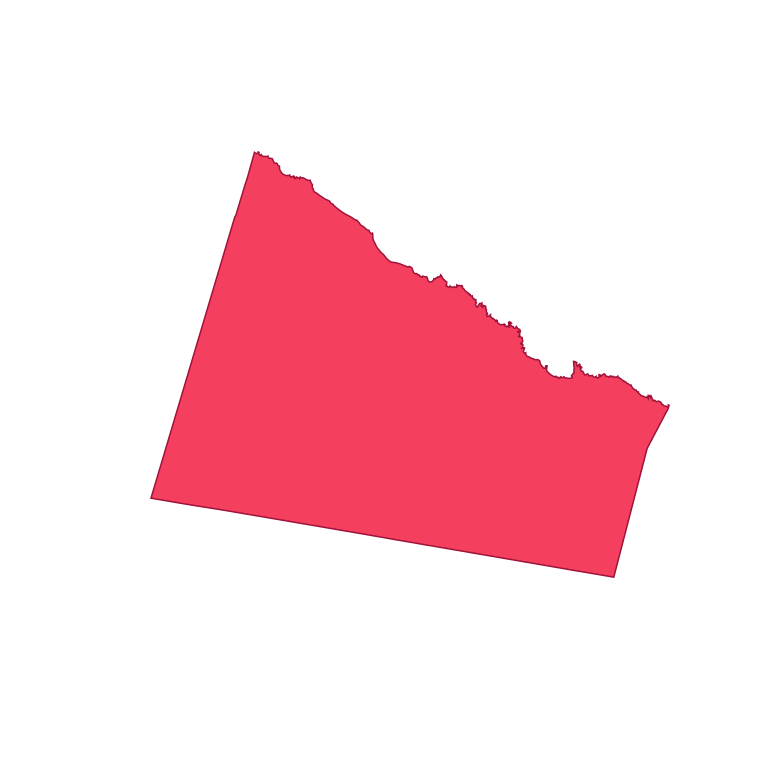 Salega, Satupa'itea, Samoa, rotated 159°
{"feature_id": "51752279B51702151911429", "entity_name": "Salega", "entity_type": "district", "adm_level": 2, "iso_a3": "WSM", "parent_name": "Samoa", "parent_adm1": "Satupa'itea", "projection": "equal_earth", "projection_center": [-172.669, -13.632], "detail": "fine", "context": "isolated", "style": "filled", "palette": "rose", "viewbox_px": 768, "rotation_deg": 159, "n_neighbors": 0, "source": "geoboundaries", "source_scale": "gbopen_adm2", "svg_char_len": 5331}
<svg xmlns="http://www.w3.org/2000/svg" viewBox="0 0 768 768"><g transform="rotate(159 384 384)"><path d="M238.7,121.3L161.3,229.7L127.2,259.5L125.5,262.1L126.0,262.6L126.7,260.6L127.2,260.5L128.4,262.1L130.2,263.0L131.6,265.6L132.2,265.8L131.9,267.1L132.4,268.2L133.9,269.7L136.0,269.8L137.1,271.7L139.0,272.2L138.6,273.1L139.1,274.3L138.8,276.0L139.0,277.3L140.0,276.1L140.5,278.0L141.3,278.7L142.5,275.7L143.0,277.6L143.4,277.2L144.6,277.8L146.5,279.9L147.8,280.6L149.7,284.6L149.3,285.4L150.5,286.1L150.8,288.0L151.8,288.5L153.3,291.1L153.7,293.3L153.7,294.5L154.7,294.7L156.1,297.0L157.0,297.6L157.3,298.9L159.0,300.3L158.9,301.1L159.8,301.6L161.1,304.1L162.0,304.6L162.1,305.7L163.1,306.4L162.9,307.5L164.4,307.0L165.8,307.8L167.4,308.0L167.4,309.1L169.1,309.6L169.5,310.3L170.2,310.5L171.4,309.7L173.2,311.4L174.0,311.6L174.0,313.0L174.6,314.4L175.4,314.7L176.2,314.2L177.6,314.1L178.7,313.3L179.1,313.7L178.9,314.9L179.9,315.7L180.7,313.5L181.3,313.0L182.4,313.1L183.2,313.9L183.0,315.1L184.7,314.7L185.9,315.5L186.4,317.4L187.4,317.4L189.7,318.2L190.1,320.3L190.7,320.6L192.6,320.2L193.6,320.9L193.6,322.7L194.0,324.8L195.3,325.4L195.2,327.5L193.5,328.4L193.6,329.1L195.0,329.0L195.1,330.0L194.3,330.2L194.2,332.4L196.1,331.9L196.9,331.0L197.4,331.9L196.8,334.8L196.4,335.0L198.6,337.2L199.2,336.9L199.1,335.9L199.6,335.4L200.0,333.1L200.5,332.7L200.3,331.8L200.7,330.1L201.4,329.8L202.6,326.1L203.3,326.4L204.7,325.0L205.8,325.0L206.2,323.9L205.8,322.7L206.7,322.2L209.2,322.9L212.6,324.8L213.5,326.3L214.3,325.7L216.0,326.6L216.2,327.4L217.0,327.3L217.7,326.4L218.6,326.7L219.2,327.9L219.9,328.3L220.8,329.7L221.9,329.2L224.4,332.0L226.1,334.8L227.4,337.9L226.9,339.7L225.2,342.5L226.3,343.0L227.3,342.0L227.6,340.9L229.1,341.2L230.6,345.5L230.7,348.0L230.3,349.4L231.1,351.1L232.2,351.9L233.5,352.1L234.7,353.0L235.2,353.7L237.6,355.6L238.9,357.4L239.8,357.9L240.7,358.9L241.0,361.3L240.5,362.4L241.8,362.3L242.4,364.3L239.8,367.2L240.2,367.7L241.4,367.6L242.6,368.1L241.2,369.1L240.2,370.9L240.5,371.9L241.8,372.0L241.9,372.8L240.0,373.7L239.3,373.8L238.4,377.9L239.9,379.2L241.3,379.8L241.2,380.3L239.9,380.2L239.8,381.5L238.5,383.4L239.2,384.2L240.4,384.5L240.4,384.9L238.4,384.4L237.6,384.6L237.6,385.5L238.2,386.8L239.2,387.7L239.9,390.3L241.4,389.0L242.5,389.5L243.1,390.5L242.7,391.2L243.9,392.0L244.7,394.1L244.6,395.4L243.3,395.1L243.7,396.2L244.8,397.2L245.8,396.5L245.8,395.6L246.6,394.2L245.8,394.0L246.4,392.3L247.2,392.5L247.4,393.4L248.8,394.0L249.6,393.7L250.4,395.3L249.7,396.0L250.2,396.7L250.6,395.8L251.9,397.0L254.0,397.6L255.5,399.4L256.0,401.4L255.5,402.6L256.1,403.3L257.2,402.6L257.7,404.6L258.4,405.0L258.4,405.9L259.1,406.0L259.6,407.4L260.5,408.4L259.7,410.5L261.0,409.9L263.5,410.1L263.5,411.8L262.2,412.2L262.1,412.7L262.6,414.9L261.6,416.9L262.2,418.2L261.5,419.1L261.2,420.2L263.4,422.0L263.6,420.9L264.3,420.2L265.3,421.6L265.2,422.5L264.2,422.9L263.5,424.5L264.5,424.4L265.7,424.9L267.8,423.7L269.0,422.4L269.6,422.5L270.3,424.4L270.0,425.6L268.5,426.7L269.0,427.7L268.0,429.8L269.4,430.3L269.5,431.6L270.2,431.9L270.3,433.3L270.0,434.6L270.7,434.6L271.6,435.6L271.4,436.4L271.9,437.3L272.4,437.0L273.0,439.5L274.4,440.7L274.4,441.4L275.1,442.7L275.3,443.9L276.3,445.8L275.7,446.9L276.1,448.1L277.0,448.0L278.8,449.2L279.5,449.0L280.5,450.4L281.5,448.4L282.2,448.4L283.5,449.7L283.9,449.2L285.0,449.3L285.4,450.0L286.6,450.4L287.3,451.9L288.0,451.1L289.4,451.4L289.9,452.8L290.7,453.1L290.9,453.8L289.4,455.3L288.9,457.1L289.7,457.8L290.5,459.8L291.2,460.3L291.1,461.3L291.6,462.8L291.4,463.9L292.1,465.6L293.4,463.9L295.2,464.8L296.2,464.3L297.6,464.3L298.7,463.7L299.7,464.5L300.9,463.0L302.2,462.4L304.5,462.6L305.7,464.0L305.8,465.9L305.4,467.8L306.0,468.9L308.1,469.9L309.3,470.9L310.3,470.1L311.1,470.7L311.3,471.7L312.0,472.0L312.4,473.6L312.9,473.6L314.1,475.5L315.0,475.5L316.1,476.7L316.4,478.0L316.3,482.1L317.3,483.8L318.5,484.8L319.7,484.5L321.3,486.1L322.6,487.2L326.2,490.6L329.1,492.7L331.2,494.0L332.7,494.6L334.5,496.3L336.1,499.1L336.8,500.8L338.0,504.8L339.4,507.5L340.2,509.5L341.5,513.7L341.9,516.2L342.0,518.6L342.4,521.3L342.2,523.8L341.1,527.1L340.7,529.0L341.9,528.8L342.9,530.5L343.0,532.9L344.7,534.0L345.8,536.3L346.8,538.3L348.7,540.5L349.4,543.2L350.6,546.7L351.8,547.2L355.2,552.0L359.3,556.6L361.7,559.8L364.3,564.0L365.5,566.0L367.2,569.2L367.0,569.7L369.0,572.1L369.2,574.1L370.1,575.2L372.6,577.6L376.0,582.3L378.2,585.9L380.0,588.2L380.6,589.7L380.2,590.4L380.4,594.0L379.4,595.6L380.0,597.8L379.9,600.7L382.1,601.4L385.7,605.6L387.5,606.1L388.0,607.3L389.4,605.9L390.0,607.1L391.4,607.8L391.3,608.5L393.5,607.6L393.9,608.0L393.2,609.3L393.7,610.5L394.6,609.9L395.1,610.6L396.0,610.6L397.1,610.7L397.1,612.9L397.9,612.7L399.3,613.3L400.4,613.4L401.3,614.2L402.9,615.8L403.8,617.3L404.3,619.3L404.5,621.4L404.0,623.9L403.5,624.7L404.7,626.1L404.7,628.0L405.6,629.0L406.8,629.1L407.4,630.5L407.4,633.0L407.7,634.7L410.1,635.7L410.9,637.4L410.6,638.3L413.1,638.7L413.5,639.2L415.2,639.7L416.2,641.0L416.5,642.2L417.5,641.5L418.3,643.3L417.7,645.0L418.3,645.7L418.6,645.0L420.3,644.8L421.4,645.8L421.9,646.7L437.2,626.1L443.5,618.3L461.7,594.8L463.7,593.1L642.5,360.9L617.7,346.2L603.4,337.8L581.4,325.1L510.9,283.3L442.3,242.5L428.2,234.0L403.5,219.3L355.9,191.0L271.3,140.6L238.7,121.3Z" fill="#f43f5e" stroke="#9f1239" stroke-width="1.5"/></g></svg>